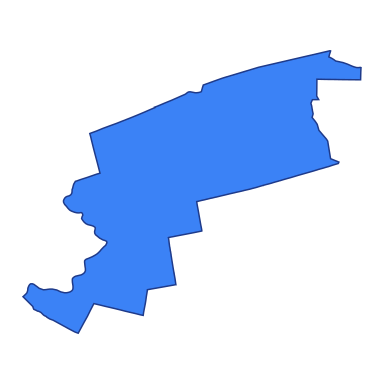 the district of Giuvarasti, Olt, Romania
{"feature_id": "2599482B24226861193940", "entity_name": "Giuvarasti", "entity_type": "district", "adm_level": 2, "iso_a3": "ROU", "parent_name": "Romania", "parent_adm1": "Olt", "projection": "albers", "projection_center": [24.689, 43.784], "detail": "fine", "context": "isolated", "style": "filled", "palette": "blue", "viewbox_px": 384, "rotation_deg": 0, "n_neighbors": 0, "source": "geoboundaries", "source_scale": "gbopen_adm2", "svg_char_len": 4719}
<svg xmlns="http://www.w3.org/2000/svg" viewBox="0 0 384 384"><path d="M338.3,163.5L338.9,162.1L330.6,158.7L330.5,158.3L327.7,141.1L326.5,139.2L318.9,130.3L318.8,129.9L317.2,124.3L315.2,121.3L312.1,117.5L313.1,113.9L313.0,113.2L312.5,111.0L312.3,109.7L312.3,109.4L312.2,109.3L311.7,106.0L310.9,103.2L312.4,99.7L318.7,99.6L318.6,99.4L316.7,96.1L316.8,90.3L316.9,79.2L325.8,79.4L335.7,79.5L340.4,79.6L349.6,79.7L360.6,79.8L360.8,71.8L361.0,67.6L360.2,67.4L358.8,67.6L357.9,67.6L357.4,67.6L356.3,67.5L355.6,67.3L353.9,66.8L352.0,66.1L349.9,65.2L347.4,64.1L346.8,63.9L343.1,62.6L341.3,62.2L341.2,62.2L340.3,62.0L339.5,61.8L335.7,61.0L334.6,60.2L334.2,59.9L333.7,59.5L333.0,59.1L332.4,58.7L331.0,57.9L329.5,57.2L328.9,57.0L328.8,56.9L329.3,55.3L329.3,55.1L330.5,51.3L330.6,50.9L330.4,50.8L329.5,50.8L329.3,50.9L258.5,67.3L246.9,70.8L225.5,77.2L222.3,78.2L214.7,80.9L203.3,85.0L202.4,87.8L202.1,89.0L201.6,90.6L201.5,91.1L201.3,91.6L200.8,91.9L200.3,92.1L198.7,92.5L197.1,92.7L195.9,92.8L194.9,92.7L194.0,92.5L190.2,91.8L189.0,91.9L188.2,92.1L187.1,92.8L186.0,93.7L185.3,94.2L184.9,94.4L178.3,97.3L171.5,100.3L164.4,103.2L157.3,106.2L154.6,107.2L154.9,107.6L150.9,109.3L144.0,112.3L137.1,115.2L130.2,118.0L123.3,120.7L116.5,123.4L109.6,125.9L103.1,128.3L96.3,131.1L92.2,132.6L89.8,133.5L90.2,135.0L90.7,136.8L91.3,139.4L93.4,147.9L95.3,155.2L97.3,162.7L100.0,173.2L96.5,174.2L87.3,177.4L80.2,179.7L76.3,181.1L75.4,181.3L73.7,184.2L73.1,186.3L72.6,188.5L72.2,189.2L72.1,190.0L72.0,192.3L71.6,193.6L70.7,194.9L69.2,195.8L67.1,196.4L66.0,196.9L64.7,198.1L63.9,199.6L63.5,200.6L63.5,202.0L63.9,203.0L64.7,204.5L66.4,206.3L67.8,208.1L69.0,209.4L70.0,210.3L71.7,211.2L74.6,212.3L76.8,212.8L79.0,212.9L80.8,212.6L81.7,212.7L82.4,213.6L82.7,214.6L82.8,215.1L82.1,216.7L81.8,217.8L81.6,218.6L82.7,220.3L84.0,222.0L85.8,223.6L87.8,224.6L91.8,225.6L93.4,226.2L94.8,227.1L95.3,227.9L95.0,229.8L94.6,231.4L94.7,233.1L95.5,234.7L97.8,236.6L99.6,238.1L102.9,239.9L105.2,240.6L106.6,241.4L106.9,242.4L106.7,243.3L106.0,244.6L105.8,245.2L103.7,247.0L101.2,249.6L99.9,251.2L98.3,252.8L96.9,254.0L95.2,255.1L92.3,256.7L88.6,258.3L86.2,259.2L85.1,260.1L84.6,260.9L84.6,262.4L85.0,266.1L85.4,268.7L85.4,270.7L84.9,271.9L84.1,273.0L82.5,274.2L81.1,274.9L78.5,275.5L75.6,276.2L74.4,276.8L73.1,277.8L72.4,278.8L72.3,279.9L72.4,282.2L73.0,286.0L73.0,288.3L72.7,289.6L72.0,290.6L70.6,291.6L69.5,292.1L68.3,292.4L66.9,292.7L64.8,292.8L60.8,291.9L56.8,290.0L52.4,289.1L49.8,289.1L47.9,289.3L46.1,289.6L43.5,289.8L42.0,289.3L39.2,288.3L36.6,286.3L33.8,284.3L32.4,283.8L30.7,283.8L29.7,284.5L28.8,285.9L27.9,288.1L27.7,290.4L27.0,292.7L25.9,294.0L23.0,296.7L28.0,301.7L32.8,306.5L33.2,307.9L33.8,309.3L36.5,310.5L37.4,311.1L38.4,311.2L40.5,312.2L41.0,312.5L42.3,313.8L43.5,315.0L44.5,315.7L46.1,316.4L47.0,317.3L49.8,319.0L53.1,320.2L60.8,324.4L68.6,328.7L74.9,332.0L76.5,332.6L78.2,333.2L84.1,322.3L87.4,316.4L90.2,310.7L93.2,304.9L93.9,303.6L99.9,305.0L105.1,306.3L110.3,307.5L115.4,308.7L120.3,309.9L125.3,311.2L130.4,312.4L135.6,313.6L140.7,314.9L143.2,315.4L143.6,312.4L144.2,309.3L144.8,306.2L145.4,303.1L145.9,299.9L146.3,296.8L146.8,293.8L147.3,290.7L147.4,289.7L174.0,285.0L174.5,284.9L175.4,284.7L175.9,284.7L175.7,283.4L175.0,278.6L174.2,274.1L174.1,273.3L174.0,272.7L173.9,272.7L173.9,272.4L173.7,271.3L173.2,268.4L172.8,266.0L172.7,265.4L172.7,265.2L172.5,264.2L172.3,262.8L171.8,259.8L171.3,256.5L171.1,255.5L171.1,255.3L171.1,255.0L170.5,251.3L170.4,251.2L169.9,247.7L169.8,247.3L169.8,247.2L169.7,247.0L169.5,245.7L169.4,244.6L169.3,244.2L168.9,240.8L168.5,237.9L168.4,237.6L168.9,237.4L169.0,237.4L169.7,237.3L170.1,237.2L170.6,237.1L174.0,236.5L174.3,236.4L179.5,235.4L193.6,232.7L199.5,231.5L201.8,231.0L201.8,230.3L201.3,227.5L200.8,225.1L200.1,221.1L199.8,219.4L199.6,218.3L199.3,216.6L198.3,210.9L197.1,204.4L196.7,201.8L196.7,201.6L196.9,201.6L198.4,201.2L201.7,200.4L204.5,199.8L206.8,199.2L207.0,199.2L210.5,198.3L212.2,198.0L215.8,197.1L216.1,197.1L217.3,196.8L221.4,195.8L224.0,195.2L230.2,193.7L234.7,192.7L236.2,192.3L238.6,191.8L242.1,191.0L242.5,190.9L243.1,190.7L243.4,190.7L243.5,190.6L244.4,190.4L250.1,189.1L252.2,188.5L256.1,187.5L258.1,186.9L258.6,186.7L259.1,186.6L260.3,186.2L262.8,185.5L263.0,185.5L263.0,185.4L265.3,184.8L265.6,184.7L266.8,184.4L268.4,184.0L268.5,184.0L268.6,183.9L268.8,183.9L271.3,183.2L271.7,183.1L273.2,182.6L275.6,181.9L277.1,181.5L278.2,181.2L279.0,180.9L280.0,180.7L283.2,179.7L287.4,178.5L290.7,177.6L298.0,175.4L301.5,174.4L313.1,171.1L315.7,170.3L317.4,169.8L317.5,169.7L321.1,168.7L322.3,168.4L325.9,167.3L326.6,167.1L327.4,166.9L327.8,166.8L328.5,166.6L329.4,166.3L329.7,166.2L330.0,166.1L331.4,165.6L333.9,164.8L338.3,163.5Z" fill="#3b82f6" stroke="#1e3a8a" stroke-width="1.5"/></svg>